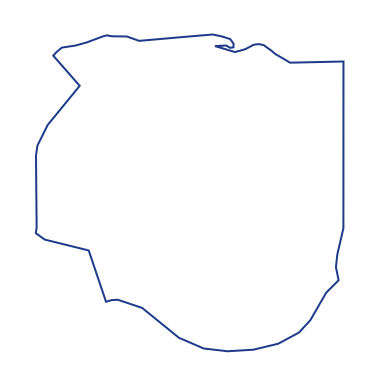 Baghdad, Natural Earth projection, rotated 267°
{"feature_id": "IRQ-3063", "entity_name": "Baghdad", "entity_type": "Province", "adm_level": 1, "iso_a3": "IRQ", "parent_name": "Iraq", "parent_adm1": "", "projection": "natural_earth1", "projection_center": [44.431, 33.304], "detail": "fine", "context": "isolated", "style": "outline", "palette": "blue", "viewbox_px": 384, "rotation_deg": 267, "n_neighbors": 0, "source": "natural_earth", "source_scale": "10m", "svg_char_len": 788}
<svg xmlns="http://www.w3.org/2000/svg" viewBox="0 0 384 384"><g transform="rotate(267 192 192)"><path d="M314.4,350.1L147.9,341.3L122.2,333.9L109.4,331.8L96.2,333.8L84.5,320.8L57.7,303.4L46.0,291.4L36.0,270.2L31.3,245.1L31.1,219.2L35.1,195.5L47.1,171.3L78.8,136.2L88.3,112.2L88.2,105.9L86.9,100.4L139.0,85.8L152.2,42.4L159.0,33.9L164.8,35.0L236.6,38.1L246.5,40.1L266.5,51.4L303.9,85.4L335.4,60.6L338.8,64.0L343.0,69.6L344.4,83.6L346.9,94.7L352.3,112.0L352.9,115.6L352.3,117.4L351.7,120.3L350.7,135.1L345.7,147.1L347.0,183.7L348.2,220.9L345.8,230.0L342.7,238.2L337.9,241.3L334.3,241.0L334.0,237.6L336.5,233.8L336.5,222.6L329.5,242.3L331.8,252.6L335.8,261.3L336.2,266.6L334.9,271.3L328.7,279.0L325.6,282.2L316.0,296.8L314.4,350.1Z" fill="none" stroke="#1e3a8a" stroke-width="2"/></g></svg>